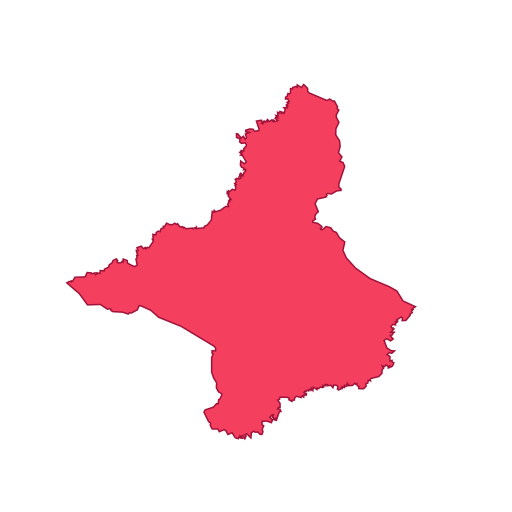 the district of Phen, Udon Thani, Thailand, rotated 21°
{"feature_id": "78962969B52951901004479", "entity_name": "Phen", "entity_type": "district", "adm_level": 2, "iso_a3": "THA", "parent_name": "Thailand", "parent_adm1": "Udon Thani", "projection": "albers", "projection_center": [102.939, 17.684], "detail": "fine", "context": "isolated", "style": "filled", "palette": "rose", "viewbox_px": 512, "rotation_deg": 21, "n_neighbors": 0, "source": "geoboundaries", "source_scale": "gbopen_adm2", "svg_char_len": 6136}
<svg xmlns="http://www.w3.org/2000/svg" viewBox="0 0 512 512"><g transform="rotate(21 256 256)"><path d="M423.0,246.2L409.4,245.3L400.1,238.2L391.5,236.9L370.7,236.2L353.2,231.6L341.0,225.4L335.1,219.6L333.9,211.1L327.2,209.0L322.6,205.2L319.0,205.1L315.8,202.9L310.9,203.4L308.5,207.7L306.9,207.9L306.3,207.6L307.3,205.5L306.5,204.7L301.9,203.4L296.8,204.2L296.4,202.8L298.4,200.3L296.8,198.5L296.8,195.4L298.3,192.3L292.4,186.0L293.0,180.7L300.1,176.0L300.6,174.3L299.6,173.1L300.4,172.0L304.3,171.0L308.0,166.3L311.9,164.3L311.4,163.0L308.6,161.9L307.5,159.0L306.7,140.6L303.7,137.5L300.2,137.5L300.7,132.7L296.0,130.0L295.3,123.6L292.8,118.6L287.0,114.3L285.0,108.7L285.5,101.5L281.3,97.7L280.4,95.7L281.0,90.1L279.1,89.5L278.7,87.6L273.7,83.2L271.9,83.9L268.6,83.0L266.5,85.4L247.3,84.7L245.4,83.9L244.1,81.0L239.1,78.8L238.1,82.4L233.2,81.5L234.0,83.6L232.4,83.5L229.8,85.6L230.2,86.9L228.2,87.4L229.7,91.3L229.2,92.7L227.6,92.7L227.8,95.6L226.7,97.2L227.3,98.9L229.1,97.9L231.5,99.9L229.9,101.4L231.5,101.9L230.3,103.9L231.8,104.6L230.7,105.1L231.9,106.6L228.9,107.6L230.6,108.5L231.2,112.7L229.5,112.1L228.4,114.6L229.0,113.1L227.6,112.3L226.5,112.5L226.7,114.0L224.6,114.1L226.3,117.2L224.3,117.6L226.7,119.1L224.7,119.4L224.5,120.6L227.8,121.7L225.1,124.0L224.3,122.8L223.1,122.9L223.4,124.1L221.7,123.5L220.3,125.8L218.2,124.6L218.2,127.2L217.5,125.6L216.8,127.7L215.2,127.0L215.0,130.2L213.6,130.2L214.2,128.7L212.3,127.3L208.0,129.9L213.5,136.6L213.6,138.0L209.9,140.0L207.8,138.7L204.5,139.7L201.4,142.2L201.8,143.7L205.6,143.1L202.3,145.9L204.7,148.7L204.0,150.9L201.3,148.7L199.9,151.1L195.2,148.5L193.9,148.9L195.4,152.4L198.8,152.2L200.1,155.5L201.9,156.0L205.5,154.3L207.0,155.4L207.5,156.6L206.0,160.4L206.9,162.3L204.6,162.9L205.6,163.9L204.3,163.9L203.7,165.1L206.5,165.9L205.4,167.3L207.7,167.3L213.2,171.7L212.0,174.1L207.7,172.8L208.8,176.7L210.7,178.3L213.8,178.4L213.5,180.0L215.3,179.2L216.0,180.0L214.8,182.7L215.1,185.9L212.2,184.1L211.6,185.3L212.2,187.3L213.5,186.4L213.8,189.0L212.9,189.8L211.9,188.9L212.0,190.4L210.4,190.3L209.1,191.9L211.2,193.8L210.1,196.1L212.0,196.5L211.1,197.6L212.6,199.0L212.9,202.1L210.0,202.2L208.4,205.2L207.0,205.0L207.4,206.3L206.1,206.1L206.7,208.2L208.3,207.7L208.4,209.8L212.4,212.2L211.1,212.7L211.8,214.4L210.2,213.9L211.3,214.9L211.0,217.9L212.7,219.6L209.9,220.7L206.4,226.0L202.5,229.1L200.7,228.4L201.2,230.1L199.2,230.0L201.4,238.5L199.4,244.5L197.2,246.7L197.5,248.3L191.0,251.4L190.0,250.5L190.3,251.9L188.9,251.5L187.5,253.2L186.9,252.6L180.9,255.6L178.4,254.9L178.1,255.8L176.9,255.1L174.2,255.9L171.2,253.9L170.5,255.0L168.4,254.5L166.9,256.6L164.3,257.6L160.7,257.4L160.2,260.9L158.8,261.6L159.7,262.8L157.6,264.5L157.8,267.7L155.9,267.7L154.4,269.8L155.0,272.0L152.0,272.7L152.6,273.9L153.4,273.2L152.7,274.5L154.1,277.3L153.3,277.5L154.9,279.0L153.1,286.5L151.3,287.0L151.1,288.1L150.2,287.8L150.4,288.7L149.2,288.2L148.6,289.6L145.3,287.9L141.9,290.9L143.7,293.0L142.5,293.6L143.5,294.0L142.9,294.9L145.4,297.6L144.4,298.2L145.6,300.3L145.0,301.9L148.2,306.8L147.8,307.9L146.2,309.4L142.3,309.2L138.6,308.7L137.4,306.4L133.1,306.4L134.1,309.2L133.0,308.8L132.4,310.6L130.1,311.8L128.3,311.4L128.6,309.9L126.6,308.7L124.2,311.4L124.0,314.1L122.1,316.9L122.4,319.1L119.2,322.7L119.7,324.3L115.8,325.4L116.5,328.2L113.4,328.8L114.1,329.5L112.8,331.0L111.7,329.5L108.9,331.5L108.3,330.8L104.3,331.9L103.9,336.8L94.6,340.7L93.8,345.4L92.4,345.4L92.7,346.3L90.7,346.8L89.0,348.9L104.4,354.4L116.2,362.0L128.1,357.0L136.3,358.9L139.1,357.4L140.2,358.9L142.4,359.2L151.7,356.2L157.6,356.0L158.3,354.2L160.1,353.9L164.5,348.8L164.7,344.1L167.1,343.8L177.3,344.4L187.1,348.1L211.4,348.5L249.5,355.3L251.4,356.5L252.2,359.1L248.9,360.1L249.7,362.4L251.0,362.6L251.0,366.6L256.2,380.3L260.0,384.9L264.7,388.5L266.2,393.2L269.6,396.2L273.4,396.9L273.9,398.2L273.5,402.6L272.6,403.4L273.7,407.5L272.1,407.9L270.5,412.3L263.7,417.9L263.4,420.5L271.2,427.7L273.5,428.2L273.9,430.4L277.1,433.2L282.4,431.2L284.7,433.2L288.4,429.6L290.5,429.9L293.8,432.7L297.0,429.6L301.8,433.1L305.0,432.9L305.4,429.9L306.7,431.5L308.6,431.0L306.8,429.6L308.0,428.4L311.1,430.7L311.3,427.6L309.7,426.8L311.2,425.3L316.4,427.7L315.1,422.6L316.6,420.3L318.3,420.8L320.8,419.7L323.6,421.0L325.5,420.5L325.5,417.6L323.8,415.5L324.1,411.8L322.2,411.3L320.9,408.3L325.0,406.3L330.1,406.1L330.2,403.1L326.6,401.6L328.1,398.3L329.2,398.0L329.0,400.5L331.0,401.0L330.5,402.4L332.7,400.5L332.2,402.3L333.9,402.2L333.6,393.0L335.0,392.2L333.3,390.4L331.1,391.2L331.2,389.4L332.7,388.6L331.2,384.9L327.8,382.7L329.3,381.4L329.0,379.2L336.0,376.7L338.1,376.9L338.2,378.4L341.7,378.9L341.6,377.6L343.5,376.7L342.9,374.3L344.2,372.4L349.0,372.0L349.4,370.0L351.1,370.6L350.6,368.1L352.7,368.0L352.5,366.4L349.8,366.2L349.9,364.7L351.4,364.4L351.7,363.1L353.6,363.1L353.3,361.5L355.5,361.7L355.0,359.6L357.3,361.2L356.5,357.9L360.8,358.9L360.4,357.4L361.9,357.4L363.2,355.3L364.9,355.0L364.3,354.0L365.5,354.8L366.2,354.1L364.9,352.8L367.2,352.2L366.7,351.1L368.7,350.4L368.9,351.7L372.0,349.9L375.0,351.3L374.7,348.7L377.5,347.8L379.5,348.7L379.6,350.9L380.8,351.6L383.1,349.5L382.8,348.0L384.0,348.4L383.6,347.2L385.6,347.1L385.0,345.2L386.7,345.6L386.8,342.5L387.4,343.5L388.4,342.8L388.3,344.2L392.4,342.3L394.0,339.3L395.1,340.0L396.0,339.1L396.9,340.7L398.9,341.1L399.4,343.0L404.0,341.4L405.5,338.2L404.4,335.9L405.9,334.5L405.3,331.8L407.6,331.5L406.7,330.6L407.4,329.0L413.8,324.6L415.6,320.4L414.5,317.0L415.3,315.1L413.1,313.3L415.8,313.2L416.3,311.2L418.6,311.5L419.6,313.2L420.8,312.0L420.2,310.8L421.9,311.1L422.9,309.6L423.0,306.4L421.0,306.0L420.4,304.7L418.6,306.0L417.1,301.8L413.6,301.1L415.2,298.4L417.6,298.2L419.3,295.0L416.2,296.0L411.3,295.0L405.8,288.9L407.6,286.4L412.1,287.0L413.8,284.3L409.9,282.4L411.4,280.8L411.9,277.8L413.2,277.2L409.1,278.9L411.0,274.7L409.8,273.9L409.1,274.9L407.3,273.5L408.1,271.0L410.9,270.3L410.1,269.5L411.3,267.4L409.9,267.3L411.5,265.9L410.1,265.4L413.7,260.8L414.9,261.4L415.6,264.0L419.0,262.4L421.2,256.0L420.5,255.0L422.2,252.9L420.9,251.8L421.8,249.8L420.6,249.7L423.0,246.2Z" fill="#f43f5e" stroke="#9f1239" stroke-width="1.5"/></g></svg>